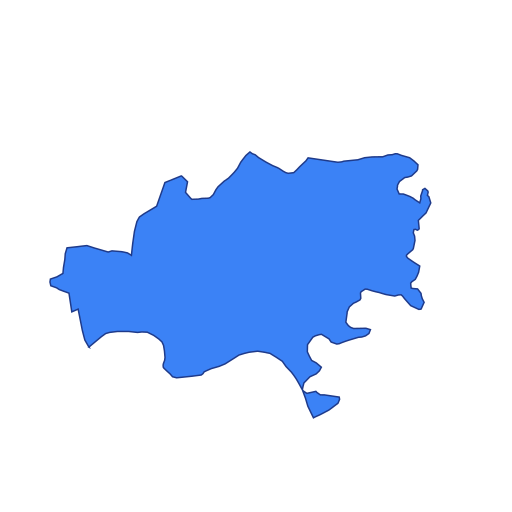 the district of Basyun, Al Gharbiyah, Egypt, rotated 298°
{"feature_id": "37247803B14729269607977", "entity_name": "Basyun", "entity_type": "district", "adm_level": 2, "iso_a3": "EGY", "parent_name": "Egypt", "parent_adm1": "Al Gharbiyah", "projection": "robinson", "projection_center": [30.832, 30.96], "detail": "fine", "context": "isolated", "style": "filled", "palette": "blue", "viewbox_px": 512, "rotation_deg": 298, "n_neighbors": 0, "source": "geoboundaries", "source_scale": "gbopen_adm2", "svg_char_len": 3901}
<svg xmlns="http://www.w3.org/2000/svg" viewBox="0 0 512 512"><g transform="rotate(298 256 256)"><path d="M291.6,152.4L278.1,141.1L253.3,144.9L240.7,137.3L235.8,134.8L234.3,134.7L230.4,134.7L220.7,137.1L209.1,141.3L205.3,142.8L198.1,145.7L198.4,141.1L197.3,137.1L196.8,135.6L196.6,135.0L192.9,126.4L190.1,123.6L187.5,111.0L187.3,110.2L185.8,101.8L182.8,97.4L180.2,93.7L174.5,85.3L168.5,86.5L163.3,88.8L155.5,91.4L150.0,93.7L144.1,90.0L139.1,85.3L136.3,86.3L133.4,88.8L134.3,94.8L134.0,98.1L134.3,100.3L134.6,102.8L134.9,104.7L135.4,108.3L120.2,119.6L125.6,123.9L108.9,137.5L105.6,140.5L101.5,144.3L101.4,144.4L97.1,151.3L97.1,151.2L106.9,155.2L112.3,157.4L117.0,159.7L119.8,162.6L124.2,168.9L129.6,179.0L132.9,187.3L135.1,190.5L135.6,191.4L137.7,195.8L137.9,202.9L137.6,205.3L137.1,209.1L136.0,213.3L133.6,216.4L129.1,219.8L123.7,223.3L121.1,224.3L117.9,224.7L117.4,224.8L116.1,225.2L114.3,226.3L113.7,227.4L112.5,231.7L111.6,235.4L110.2,239.0L111.2,243.1L119.8,255.9L125.2,263.5L127.2,264.4L129.4,264.6L131.3,266.0L134.6,268.6L135.7,269.5L141.3,275.3L146.3,279.4L155.6,284.7L160.6,287.5L164.5,291.4L167.8,295.1L172.7,302.1L174.6,307.5L174.9,308.4L175.6,310.6L175.6,310.8L176.6,314.0L176.1,321.7L175.4,328.7L172.5,334.4L170.1,341.7L168.3,345.6L166.4,349.2L163.6,353.7L160.1,359.0L159.7,359.7L162.7,358.8L166.4,357.9L174.7,360.3L180.2,364.5L184.4,365.9L188.5,365.9L189.9,359.4L189.9,354.2L190.8,352.8L192.7,350.0L195.5,346.3L201.9,343.1L211.0,344.3L213.4,345.9L216.2,348.7L217.6,350.6L217.1,359.4L215.3,362.7L215.7,365.5L216.2,368.7L216.6,369.2L217.6,370.6L219.9,372.5L222.9,375.2L225.4,377.6L232.3,384.6L234.1,387.4L236.9,390.2L240.6,392.1L244.7,391.6L243.8,387.0L237.8,376.2L237.4,373.0L237.9,370.2L239.7,366.4L240.6,366.1L247.1,363.7L248.5,363.2L249.4,362.7L254.9,362.3L260.0,364.2L262.3,366.0L266.0,368.4L267.8,368.4L272.4,365.6L273.8,365.6L278.0,367.9L278.9,369.8L279.8,374.9L280.7,378.7L281.6,381.9L282.1,384.7L283.0,388.9L285.8,397.3L288.5,400.1L289.9,402.4L289.4,404.3L288.1,407.1L286.7,410.8L284.8,415.9L285.3,424.8L286.2,426.2L286.7,426.7L292.1,426.3L294.0,426.2L296.3,422.9L298.6,420.6L300.5,419.2L302.8,414.1L301.0,409.9L300.5,408.1L302.6,406.6L304.7,405.3L306.5,405.7L310.2,407.6L313.9,407.6L318.0,407.2L321.5,406.1L324.0,405.3L324.5,398.8L324.7,396.7L325.4,390.9L326.3,389.0L327.3,388.5L329.1,389.0L335.1,391.4L336.5,391.4L344.3,389.1L348.0,386.7L350.3,384.0L353.5,383.0L354.5,384.4L354.5,386.3L355.8,387.2L356.8,387.2L363.7,382.6L366.4,383.5L369.7,384.5L373.8,385.9L384.9,385.4L386.0,384.3L389.5,380.8L390.0,378.9L393.2,378.0L393.7,377.5L394.1,377.1L395.0,373.4L392.7,372.0L391.8,372.4L386.3,373.3L384.0,374.7L379.8,375.6L380.3,370.1L380.8,367.7L380.8,365.5L380.8,364.0L380.3,359.8L379.9,357.0L378.0,353.3L381.3,349.1L384.0,348.2L384.9,347.7L389.1,347.7L395.1,350.5L396.9,352.9L399.7,355.7L406.6,358.0L408.4,358.0L412.6,356.2L413.7,352.1L414.0,351.1L414.4,348.7L414.9,345.5L413.1,337.1L412.6,332.9L411.7,331.0L409.4,328.7L407.1,325.0L403.7,321.9L403.0,321.2L399.7,315.1L397.9,311.9L393.8,305.8L388.7,300.7L387.8,299.3L381.0,289.1L379.3,287.4L377.2,284.3L368.4,259.6L367.1,255.9L363.4,255.4L359.3,254.0L355.1,252.6L351.4,251.6L347.3,250.2L344.1,245.6L343.6,243.2L343.6,240.4L344.1,235.3L344.1,233.5L343.9,231.4L343.6,228.3L343.6,224.6L343.6,220.9L344.1,212.0L345.0,207.8L344.6,204.6L345.0,201.8L341.9,200.6L340.0,199.9L334.9,199.0L331.7,198.5L327.5,198.5L324.8,198.5L319.7,197.5L316.5,196.6L311.8,195.2L307.2,192.8L299.4,190.0L295.7,189.5L290.2,189.5L286.0,188.1L284.6,186.7L281.4,181.1L279.1,178.3L277.3,175.1L275.9,172.7L276.4,170.9L279.1,163.9L289.4,160.7L291.6,153.2L291.6,152.4ZM140.1,382.7L140.6,383.0L142.0,384.0L145.6,386.8L148.9,389.1L154.4,392.8L164.5,397.5L168.7,397.1L170.5,395.7L165.5,381.7L163.6,378.0L164.1,373.8L164.6,372.4L163.9,371.6L158.6,365.4L159.0,361.2L159.7,359.7L153.5,366.6L147.7,372.3L140.1,382.7Z" fill="#3b82f6" stroke="#1e3a8a" stroke-width="1.5"/></g></svg>